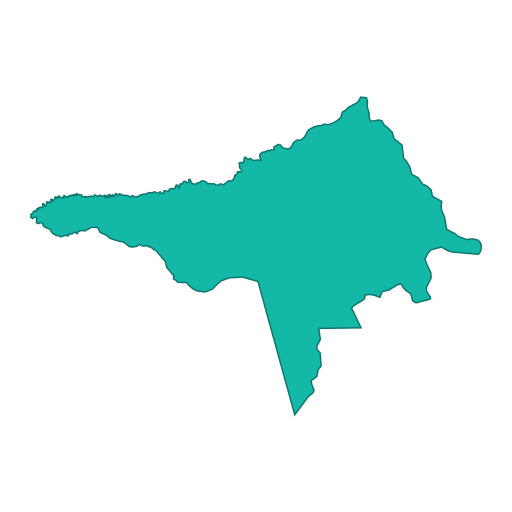 Ndélé, Bamingui-Bangoran, Central African Republic (Albers equal-area conic projection)
{"feature_id": "33826404B83224337375675", "entity_name": "Ndélé", "entity_type": "district", "adm_level": 2, "iso_a3": "CAF", "parent_name": "Central African Republic", "parent_adm1": "Bamingui-Bangoran", "projection": "albers", "projection_center": [20.022, 8.555], "detail": "fine", "context": "isolated", "style": "filled", "palette": "teal", "viewbox_px": 512, "rotation_deg": 0, "n_neighbors": 0, "source": "geoboundaries", "source_scale": "gbopen_adm2", "svg_char_len": 5956}
<svg xmlns="http://www.w3.org/2000/svg" viewBox="0 0 512 512"><path d="M280.6,145.0L279.2,144.9L277.9,144.4L276.4,145.7L274.5,146.4L273.8,147.4L274.1,148.8L273.8,149.4L272.6,150.1L271.9,150.1L271.3,149.7L270.7,150.0L269.8,150.9L269.2,150.9L268.0,150.3L267.3,150.5L265.9,151.7L262.2,152.3L260.2,154.0L259.6,155.1L260.2,157.0L260.0,157.7L260.2,158.4L260.9,159.4L260.9,160.2L260.3,160.5L259.4,160.4L258.9,160.0L258.1,159.9L255.3,160.4L252.7,160.3L251.6,159.6L250.9,158.6L250.2,158.5L248.3,159.2L247.5,159.1L245.6,157.4L244.9,157.2L244.1,158.4L244.2,160.7L243.3,161.6L243.2,162.4L242.7,162.8L242.0,162.9L240.5,162.4L239.8,162.6L239.3,163.0L239.1,163.7L239.6,165.0L239.5,167.3L239.7,167.9L241.4,169.8L241.7,171.1L241.5,171.8L238.0,171.7L237.4,171.9L237.2,173.5L236.3,174.5L234.7,175.5L234.0,178.4L232.4,180.5L231.2,181.1L229.7,180.7L228.3,181.0L223.3,184.8L222.5,184.8L221.5,184.0L220.7,183.9L220.0,184.0L217.8,185.3L216.2,185.0L213.9,183.7L213.0,183.7L211.7,184.0L210.4,183.5L208.2,183.9L207.6,183.6L205.4,181.4L202.3,180.8L201.1,181.2L199.7,182.5L197.5,182.9L195.3,184.2L194.0,184.3L192.1,183.4L191.0,181.9L190.4,180.0L190.0,179.5L189.3,179.3L188.8,179.7L188.8,181.8L188.5,182.3L187.9,182.6L187.0,182.5L185.3,181.4L183.8,181.4L183.4,181.9L182.4,183.7L180.2,184.0L179.4,185.0L179.6,187.4L179.0,187.6L178.4,187.3L178.0,186.8L177.6,185.5L177.2,185.0L176.4,185.0L175.7,186.1L174.9,188.1L174.4,188.5L173.8,188.7L171.3,188.5L170.0,188.9L169.4,189.3L168.6,191.2L168.0,191.4L167.1,191.3L165.1,190.6L164.4,190.7L163.9,191.2L163.5,192.7L163.2,193.2L162.5,193.4L161.7,193.4L161.1,193.1L160.5,192.0L159.8,192.0L158.7,192.7L157.5,193.2L156.6,193.2L155.2,191.9L154.3,191.9L151.8,192.9L148.7,192.6L147.0,193.5L146.0,194.3L143.8,193.9L142.7,194.5L140.5,194.9L138.5,196.4L135.7,197.0L135.0,197.0L133.5,196.0L132.4,195.8L131.7,195.9L130.2,197.0L129.5,196.8L127.9,195.6L121.3,195.0L120.0,193.8L119.4,193.9L119.2,194.4L118.2,194.6L117.8,195.9L117.7,195.2L117.4,195.1L116.8,194.1L115.6,193.6L115.1,194.3L115.3,195.4L114.3,196.3L113.5,196.3L113.2,195.9L113.0,194.9L112.6,194.9L112.0,195.3L112.3,196.3L111.6,196.4L110.9,196.0L110.6,196.7L109.6,197.2L109.8,196.6L109.6,195.9L110.0,194.7L109.4,194.6L107.2,195.6L106.9,196.2L107.1,196.6L107.6,196.6L107.5,197.0L107.2,197.4L105.8,197.8L105.2,197.5L105.9,196.2L105.0,195.3L104.4,195.3L104.2,196.3L103.7,196.1L102.5,196.3L101.8,195.5L100.5,195.6L99.4,195.2L98.7,195.7L98.6,196.6L98.3,196.8L96.6,195.9L96.4,195.6L95.5,195.5L94.7,194.9L94.2,195.1L94.1,195.8L93.3,196.6L92.3,196.6L91.7,196.1L91.2,196.0L90.8,196.6L88.7,196.5L87.6,197.2L85.7,196.4L85.2,196.6L85.2,197.0L84.4,197.1L83.3,196.6L82.1,196.6L81.8,196.2L81.7,194.9L78.9,194.8L78.0,194.4L77.6,194.9L76.9,195.1L76.5,194.6L77.0,193.9L76.5,193.6L75.7,194.8L75.0,194.5L73.9,194.7L74.5,195.3L74.4,195.7L72.7,195.2L72.1,195.5L71.2,195.2L70.4,195.3L69.9,195.6L69.9,196.1L69.4,196.5L68.7,196.0L68.2,196.3L67.3,197.5L66.8,196.9L65.6,196.6L64.9,197.1L64.6,195.6L64.3,195.5L63.5,196.1L63.7,196.7L63.3,197.2L63.3,197.7L62.7,197.8L59.5,197.2L59.6,196.6L59.4,196.2L58.8,196.1L57.8,196.7L57.8,197.8L57.5,198.3L57.1,198.2L56.3,197.3L55.2,196.9L55.0,197.1L55.2,198.4L53.4,200.8L52.9,200.6L52.6,199.7L52.0,199.3L51.2,199.5L50.6,199.9L50.7,200.6L51.7,200.9L51.8,201.2L51.6,201.6L51.0,201.9L50.4,202.6L49.8,202.9L49.6,202.2L49.0,202.1L48.7,202.6L48.3,202.7L47.8,201.8L47.1,202.0L47.0,201.9L46.4,202.5L46.6,204.5L46.2,205.2L46.3,206.0L45.7,206.3L44.4,205.3L44.4,204.8L43.5,203.7L42.9,203.7L42.5,204.2L43.2,206.8L42.5,207.3L41.6,207.5L40.8,207.1L39.7,207.7L38.8,207.7L38.7,209.2L38.5,209.4L37.9,208.6L37.2,208.5L36.9,208.9L36.9,210.1L36.0,210.6L36.1,211.5L35.7,211.6L34.5,210.9L33.3,211.5L33.4,212.8L33.0,212.9L32.5,213.7L31.1,214.0L30.9,214.3L31.1,216.1L30.7,216.9L31.1,217.5L32.7,218.6L33.1,217.8L34.2,217.3L35.3,217.1L36.1,217.4L36.6,217.9L36.4,221.9L36.9,223.1L37.4,223.4L38.8,223.5L40.3,222.6L41.9,223.0L42.7,223.9L43.0,225.1L43.6,226.0L45.3,227.4L50.1,229.3L50.7,230.1L50.7,230.6L51.3,231.6L52.7,233.3L53.6,233.9L54.6,234.3L56.4,235.6L58.5,235.7L59.3,235.9L60.5,236.9L65.2,235.4L68.2,235.9L68.8,234.2L72.1,233.9L74.2,232.1L77.3,233.7L78.3,231.5L81.5,230.5L85.0,230.9L91.3,227.4L97.6,227.4L100.2,232.5L106.7,235.4L110.0,238.4L119.2,241.3L122.0,241.6L125.1,243.2L129.0,246.4L131.8,247.1L137.1,246.3L137.9,245.4L139.7,244.3L140.6,245.2L142.5,246.0L147.3,245.8L149.2,247.0L150.5,246.8L153.7,249.5L155.8,250.4L165.4,261.7L166.8,267.6L173.7,275.7L173.5,279.0L176.0,280.4L177.6,282.1L182.0,282.5L186.4,282.4L189.2,285.6L192.9,288.8L196.7,290.8L204.8,292.0L212.1,289.3L220.6,281.1L229.1,277.9L242.6,277.1L258.0,281.5L294.7,414.8L308.4,396.5L313.0,392.7L314.0,390.2L311.7,384.3L311.3,380.5L316.9,376.5L318.1,369.6L321.1,366.1L320.1,352.9L316.8,349.3L317.0,345.9L320.3,339.5L318.8,328.4L361.0,327.8L351.5,307.9L354.0,305.5L362.8,300.2L364.7,298.4L364.9,294.9L370.4,294.5L374.6,295.3L379.9,297.3L382.2,291.6L388.8,290.1L394.8,286.4L398.5,284.3L401.7,284.3L403.1,287.4L406.0,290.6L410.8,293.7L412.6,300.7L416.0,302.9L430.0,299.2L430.5,297.2L428.5,294.4L426.6,291.2L426.2,287.8L431.1,278.1L430.8,272.7L427.3,265.5L424.9,259.0L427.9,253.3L430.8,249.9L441.5,247.0L447.0,250.3L452.2,252.0L478.5,254.3L480.9,250.8L481.3,245.2L480.2,242.5L478.1,240.2L473.2,238.9L466.4,239.5L457.8,236.2L454.9,233.6L450.2,231.3L446.6,229.2L444.5,216.9L441.6,210.4L441.2,206.0L441.7,201.4L432.5,196.4L431.0,189.7L426.7,185.9L422.4,184.0L418.3,177.8L411.6,174.3L409.8,167.0L405.9,160.4L403.7,158.5L402.0,145.0L394.1,138.7L392.2,132.2L388.2,128.2L384.3,125.2L381.7,120.7L378.6,120.0L374.7,120.8L371.2,121.2L370.0,120.0L369.2,117.5L369.1,113.3L367.4,107.6L367.1,104.8L367.6,102.3L366.5,97.7L360.6,97.2L359.0,100.3L357.1,102.7L348.3,107.4L346.5,109.6L342.3,112.1L340.7,117.6L336.8,120.9L332.8,123.0L328.6,124.7L323.9,124.2L321.5,125.5L317.0,126.0L313.4,127.1L308.2,130.2L304.5,137.0L301.0,140.0L296.8,140.2L293.7,142.3L292.0,145.7L290.3,147.8L288.6,149.0L282.6,147.9L280.6,145.0Z" fill="#14b8a6" stroke="#0f766e" stroke-width="1.5"/></svg>